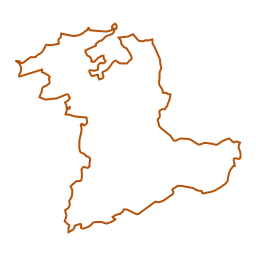 map outline of Bern (Mercator projection)
{"feature_id": "CHE-3424", "entity_name": "Bern", "entity_type": "Canton", "adm_level": 1, "iso_a3": "CHE", "parent_name": "Switzerland", "parent_adm1": "", "projection": "mercator", "projection_center": [7.53, 46.838], "detail": "fine", "context": "isolated", "style": "outline", "palette": "amber", "viewbox_px": 256, "rotation_deg": 0, "n_neighbors": 0, "source": "natural_earth", "source_scale": "10m", "svg_char_len": 5620}
<svg xmlns="http://www.w3.org/2000/svg" viewBox="0 0 256 256"><path d="M240.0,142.6L238.8,145.4L238.7,146.4L238.8,148.3L239.2,149.5L240.0,151.2L240.2,152.0L240.3,153.1L240.5,154.0L240.6,154.8L240.6,155.7L240.3,157.9L239.8,158.6L238.8,158.9L237.6,158.8L235.3,158.2L234.4,158.3L233.7,159.1L233.8,161.5L234.4,163.2L234.8,165.9L233.3,166.1L230.6,169.5L229.8,171.2L229.2,172.8L228.4,176.0L227.6,180.5L227.1,181.7L226.3,182.7L224.9,184.2L222.7,185.6L221.2,186.9L214.7,190.6L211.3,191.8L204.0,193.3L203.2,193.3L202.4,193.1L202.0,192.7L201.9,192.1L201.8,191.2L201.6,191.0L197.9,190.6L194.5,189.1L193.3,188.1L181.3,185.8L177.6,186.0L173.1,188.8L172.3,189.6L172.3,189.9L173.2,191.6L173.4,192.3L173.4,192.9L172.9,193.9L172.4,194.5L168.6,197.0L163.4,200.7L160.4,201.8L159.2,202.1L157.0,202.1L155.4,201.6L138.3,214.1L136.6,214.2L127.3,209.7L124.4,209.3L123.7,209.7L123.3,210.1L122.9,211.4L122.6,211.9L121.0,213.1L120.6,213.6L115.8,215.0L112.6,217.0L113.4,218.1L115.3,219.2L113.2,221.0L108.2,223.1L107.0,223.4L106.1,223.5L101.5,222.0L95.4,222.1L93.4,222.5L92.7,223.0L91.4,224.7L88.2,226.9L82.9,228.7L82.0,228.2L81.2,228.0L81.0,227.5L81.2,225.9L81.1,224.4L80.7,224.0L79.9,224.0L75.3,225.5L74.8,225.8L74.6,226.1L74.5,227.4L73.4,229.3L68.6,232.2L68.4,228.0L68.7,227.3L69.4,226.2L69.3,225.5L68.9,224.9L68.1,224.5L66.1,222.4L64.7,221.3L66.3,216.3L66.3,215.2L66.0,213.6L65.5,212.3L65.1,210.6L65.5,209.9L67.8,208.5L69.1,206.8L69.6,205.4L69.7,204.1L69.3,201.4L69.4,200.6L69.8,199.8L70.6,198.8L71.6,196.8L72.0,195.2L72.2,193.5L72.2,192.2L72.3,190.7L72.2,189.9L72.0,189.2L71.2,188.0L70.6,186.3L76.3,181.2L80.2,180.9L80.8,180.7L81.4,179.8L81.7,178.0L82.0,175.2L81.5,169.2L83.0,167.4L83.6,166.9L85.7,167.4L86.9,167.8L87.9,167.9L89.2,166.6L89.7,165.9L89.4,165.1L90.0,160.1L90.3,158.7L90.1,158.3L88.6,157.3L88.3,156.9L87.9,156.5L87.4,156.4L86.8,156.5L86.3,156.3L85.9,155.9L85.3,154.9L84.1,153.9L83.4,153.5L81.0,152.5L80.5,152.1L80.2,151.5L79.6,149.9L79.3,146.9L79.4,141.5L79.8,138.3L81.4,131.5L81.5,128.4L81.1,126.3L80.7,125.4L80.8,124.8L81.8,123.9L82.7,124.0L82.9,124.2L82.9,124.8L83.1,125.0L83.6,125.3L84.4,125.3L85.2,124.9L86.5,123.8L87.2,122.1L86.5,117.5L75.3,116.5L68.1,114.4L66.6,114.7L66.0,114.7L65.5,114.4L65.4,113.9L66.4,111.8L66.7,110.6L66.9,109.6L66.5,107.4L66.5,106.1L66.3,105.2L66.0,104.4L65.2,103.0L65.1,102.5L65.4,102.1L67.2,101.2L68.0,100.6L69.5,98.8L69.8,98.0L68.9,96.7L68.7,95.3L68.6,95.0L68.2,94.6L66.9,94.2L56.6,98.4L45.3,99.6L39.5,97.2L40.8,93.5L41.5,92.0L42.2,88.6L42.7,87.7L43.2,87.0L46.3,85.7L47.8,84.5L49.1,83.8L49.3,83.4L49.5,82.6L49.5,81.5L49.2,79.8L48.8,78.3L49.0,78.1L49.7,77.4L49.8,77.1L49.2,76.2L48.1,75.2L44.0,72.9L42.1,72.4L42.0,69.6L19.6,76.5L19.2,76.5L19.2,75.2L19.5,73.8L20.2,73.0L20.5,72.4L21.0,69.8L21.2,68.4L21.0,67.6L20.7,66.5L19.9,64.7L18.3,62.5L15.4,60.9L19.2,61.2L20.5,62.3L21.0,62.9L21.6,63.2L22.7,62.9L24.2,62.0L29.3,58.0L30.9,57.1L34.1,57.3L35.6,57.0L37.1,55.4L38.4,54.5L40.7,53.3L42.2,51.8L43.2,50.4L43.8,49.0L44.9,47.5L45.2,46.7L45.5,45.5L46.0,44.9L47.0,44.8L51.3,45.2L58.3,43.9L59.0,43.2L58.7,42.3L58.4,40.8L58.4,40.2L58.5,39.7L58.8,39.1L60.2,38.0L60.7,37.4L61.0,36.6L60.8,35.7L61.1,33.6L73.0,36.0L75.7,35.8L77.8,35.4L81.4,34.1L83.0,33.1L84.1,32.2L84.7,31.6L85.4,31.1L86.5,30.6L87.3,29.9L87.8,29.1L88.1,28.2L88.4,27.9L88.8,28.0L89.6,29.8L91.0,30.4L106.4,31.6L114.8,29.2L113.7,32.4L112.9,33.4L111.6,34.3L107.0,35.8L106.0,36.4L104.8,37.4L103.2,39.1L101.9,40.3L98.7,41.5L95.8,44.1L96.1,45.5L85.6,50.3L85.2,51.3L85.9,53.0L86.4,53.7L86.8,54.9L87.3,55.5L87.9,55.9L89.5,56.5L90.2,57.0L90.5,57.6L91.5,60.0L91.6,60.6L91.4,61.5L91.7,61.7L92.6,61.9L94.1,61.7L95.2,61.1L96.3,59.7L97.6,58.5L98.3,57.6L99.5,57.3L100.5,56.4L101.3,56.0L103.5,55.6L103.8,58.3L104.0,59.2L104.5,59.8L105.1,60.3L105.6,61.1L105.1,62.1L103.6,63.2L102.6,63.4L101.7,63.2L101.1,62.8L100.6,62.8L99.0,64.1L98.2,65.4L97.9,66.4L98.2,68.4L98.1,69.4L97.0,70.0L94.5,70.7L93.9,70.8L92.4,70.4L91.5,70.4L89.9,70.1L89.5,70.3L89.3,71.2L89.4,71.8L90.3,73.4L91.1,75.2L91.9,75.9L92.4,76.1L96.5,75.0L97.6,74.7L98.0,74.8L98.1,76.7L99.3,79.5L101.9,78.6L102.8,78.0L103.3,77.4L103.4,76.2L103.2,75.2L102.5,73.3L102.4,72.5L102.9,71.9L106.7,70.1L108.7,68.3L112.4,62.9L114.4,61.0L115.9,60.7L119.7,63.3L126.2,63.5L127.0,63.4L128.5,61.9L129.4,60.6L130.7,59.9L131.2,59.4L131.5,58.8L131.7,58.1L131.5,56.9L130.8,55.2L128.8,51.6L126.5,48.3L123.9,47.1L121.3,43.9L121.2,42.3L120.6,40.1L118.6,37.6L128.0,36.5L133.1,34.2L137.8,39.9L139.5,41.0L143.4,41.2L146.1,40.1L147.4,40.6L152.3,39.4L152.6,43.5L152.8,44.0L154.6,47.1L158.3,55.5L158.9,56.7L159.6,58.5L160.1,60.2L160.1,62.3L161.3,68.5L160.2,70.6L159.8,72.0L159.5,74.1L159.5,78.2L159.1,82.4L159.1,83.7L159.4,85.1L160.6,86.8L161.6,88.5L162.3,89.4L162.8,92.7L166.5,93.0L167.5,93.9L170.5,94.5L169.6,99.3L169.2,100.1L168.7,102.0L167.9,103.3L167.7,103.8L167.5,105.1L167.4,105.7L167.1,106.2L166.4,106.7L165.8,107.9L165.4,108.7L164.7,109.2L164.0,109.3L162.9,109.0L162.5,109.1L161.5,109.8L160.2,110.3L159.7,110.7L159.5,111.5L159.5,112.8L159.8,115.3L159.7,116.8L159.2,117.9L157.9,119.3L157.6,120.2L158.9,124.3L159.0,125.9L161.2,128.3L170.5,135.8L172.1,138.3L174.0,140.6L174.9,140.8L176.0,140.6L178.1,139.5L180.5,138.5L187.8,138.9L190.5,139.5L196.7,143.6L198.4,144.4L199.5,144.7L200.2,144.5L203.5,143.2L205.2,142.9L212.5,143.8L215.2,144.7L216.6,144.7L218.1,144.1L222.9,140.8L229.0,138.4L233.7,142.5L234.6,142.0L236.5,141.6L237.2,141.6L240.0,142.6ZM69.0,108.8L69.4,108.6L69.9,107.9L69.9,107.2L67.8,107.8L68.3,108.8L68.7,108.7L69.0,108.8ZM114.5,23.8L115.6,24.1L116.4,25.1L116.6,26.0L116.7,26.9L116.5,28.0L116.4,28.6L115.2,28.7L112.5,28.4L112.0,28.0L111.9,27.4L112.2,26.0L114.5,23.8Z" fill="none" stroke="#b45309" stroke-width="2"/></svg>